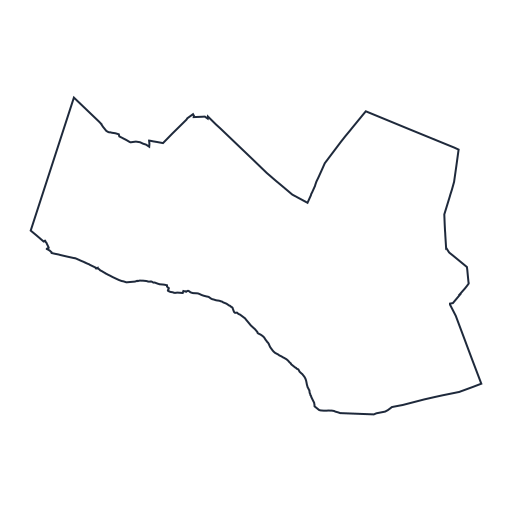 Ermelo, Gelderland, Netherlands
{"feature_id": "6326949B64614407924270", "entity_name": "Ermelo", "entity_type": "district", "adm_level": 2, "iso_a3": "NLD", "parent_name": "Netherlands", "parent_adm1": "Gelderland", "projection": "albers", "projection_center": [5.638, 52.286], "detail": "fine", "context": "isolated", "style": "outline", "palette": "slate", "viewbox_px": 512, "rotation_deg": 0, "n_neighbors": 0, "source": "geoboundaries", "source_scale": "gbopen_adm2", "svg_char_len": 5905}
<svg xmlns="http://www.w3.org/2000/svg" viewBox="0 0 512 512"><path d="M30.7,230.6L36.5,235.4L43.6,241.5L45.0,240.7L45.3,241.1L45.1,241.4L45.4,241.7L45.6,242.0L46.2,242.5L46.4,242.7L46.8,243.7L47.7,245.5L47.9,245.9L48.1,246.4L48.4,247.0L48.6,247.4L48.7,247.8L48.0,248.3L47.3,248.5L46.9,248.7L46.8,248.8L46.8,249.0L47.9,249.5L49.9,250.7L50.2,251.0L50.3,251.2L50.8,251.6L51.4,252.1L51.4,252.3L51.5,252.9L51.6,253.0L55.0,253.8L56.6,254.1L58.6,254.5L60.3,255.0L64.6,256.0L67.2,256.6L69.5,257.1L74.5,258.2L74.8,258.1L75.9,258.5L77.1,259.0L77.9,259.4L78.9,259.8L79.7,260.2L80.6,260.6L82.0,261.2L84.0,262.0L84.4,262.3L84.7,262.4L84.9,262.4L85.4,262.8L85.7,262.8L86.4,263.2L86.7,263.3L87.3,263.6L89.1,264.3L89.8,264.8L95.8,267.7L95.9,267.8L95.9,268.4L96.2,268.5L96.8,268.2L97.0,268.1L97.2,268.4L97.3,268.4L97.8,268.0L97.9,268.4L98.0,268.6L98.8,269.0L99.3,269.4L99.4,269.5L99.8,269.9L100.0,270.2L100.6,270.5L101.3,270.9L101.8,271.1L103.9,272.4L104.5,272.7L105.2,273.1L105.3,273.3L105.6,273.5L106.0,273.6L108.0,274.7L109.9,275.6L112.7,277.1L118.9,280.0L121.6,281.0L122.6,281.2L123.6,281.4L126.0,282.2L126.5,282.3L126.8,282.3L131.2,281.9L134.8,281.6L135.6,281.4L137.2,280.8L137.7,281.1L139.6,280.6L140.1,280.6L143.3,280.7L144.1,280.8L145.2,280.9L146.8,281.1L148.2,281.6L148.9,281.6L149.6,281.6L150.2,281.7L150.9,281.4L151.1,281.5L151.8,281.7L152.2,281.9L153.0,282.4L153.5,282.6L153.9,282.6L154.5,282.5L154.9,282.6L156.2,283.1L157.8,283.7L159.8,284.3L160.3,284.3L163.6,284.6L164.9,284.8L167.0,285.3L167.0,286.3L167.0,286.5L168.2,287.8L168.4,287.9L168.7,288.0L168.8,288.1L168.8,288.3L168.7,288.8L168.4,289.3L167.9,290.3L167.9,290.6L168.0,290.8L168.4,291.0L169.0,291.2L169.1,291.4L169.4,291.5L170.3,291.9L172.8,292.3L173.1,292.4L173.7,292.7L174.4,292.8L175.0,292.9L177.4,292.6L180.2,292.8L182.7,293.0L183.4,291.0L186.0,291.7L186.1,291.4L186.4,291.5L186.6,291.4L187.2,291.1L188.0,290.8L188.6,291.0L189.5,291.5L190.0,292.0L190.4,292.2L190.9,292.5L191.6,292.7L192.5,293.0L193.1,293.1L196.7,293.3L197.8,293.4L198.2,293.5L199.5,294.0L201.6,295.0L203.6,295.7L206.7,296.5L207.9,296.7L208.5,296.9L208.8,297.0L210.2,298.0L210.9,298.5L211.4,298.8L212.3,299.2L213.7,299.5L215.8,300.2L216.2,300.3L217.5,300.5L218.5,300.6L219.9,300.9L220.8,301.3L221.8,301.5L222.2,301.7L222.9,302.2L223.4,302.5L224.3,302.8L226.5,303.7L227.4,304.3L229.1,305.5L230.0,305.8L230.4,306.1L230.7,306.6L231.0,306.7L231.3,306.8L231.9,307.2L232.2,307.4L232.4,307.7L232.6,307.9L232.7,308.4L233.9,311.6L234.1,312.0L234.5,312.4L234.8,312.7L235.1,312.8L235.7,312.8L236.4,312.7L236.9,312.6L237.1,312.7L237.3,312.9L237.8,313.4L238.7,314.1L239.0,314.2L239.6,314.4L240.3,314.8L244.7,318.1L245.0,318.3L246.3,320.0L247.0,320.8L249.5,323.8L250.8,325.4L253.3,327.7L255.0,329.2L256.0,330.4L257.1,331.7L257.3,331.9L257.5,332.7L257.6,332.9L257.8,333.1L258.3,333.5L260.4,334.5L260.9,334.8L262.2,335.7L263.3,336.6L263.8,337.1L264.3,337.7L265.6,339.8L266.6,341.0L266.8,341.5L267.3,342.0L267.8,342.5L268.1,342.8L268.7,343.9L268.9,344.1L269.0,344.4L269.2,345.0L269.8,346.3L270.0,346.8L270.6,347.7L271.1,348.4L272.0,349.6L272.7,350.6L273.2,351.1L273.6,351.6L274.1,352.0L275.1,352.9L275.7,353.2L278.2,354.5L278.7,354.9L279.3,355.4L281.3,356.3L282.3,356.9L283.4,357.6L284.4,358.0L285.1,358.5L285.3,358.6L286.4,359.2L287.7,360.3L288.3,360.9L289.5,362.3L290.9,363.5L291.1,364.2L291.3,364.4L292.1,365.0L295.2,367.5L296.1,367.9L296.4,368.4L296.7,368.6L296.9,368.8L298.2,369.3L298.4,369.5L299.6,371.7L299.8,371.9L301.5,373.5L302.2,374.0L304.4,376.8L304.8,377.5L305.4,378.6L305.6,379.2L306.1,380.6L306.5,382.5L306.9,384.6L307.7,387.4L308.4,388.5L308.7,389.3L308.9,389.7L309.4,390.4L309.4,391.0L309.5,391.5L309.6,392.4L309.7,393.0L309.9,393.3L310.2,394.0L310.3,394.4L310.4,395.1L310.6,395.4L311.0,395.9L311.1,396.2L311.2,396.8L311.4,397.2L312.1,398.7L313.7,401.9L314.1,402.6L314.3,403.9L314.5,404.8L314.5,405.9L314.5,406.2L314.7,406.5L315.0,406.7L319.1,410.0L319.4,410.1L320.5,410.4L324.1,410.7L326.2,410.7L328.7,410.5L329.9,410.6L331.2,410.6L331.7,410.6L332.9,410.8L334.1,411.0L335.3,411.6L336.4,411.9L337.9,412.3L340.2,413.1L373.8,414.4L376.4,413.3L385.1,411.6L387.9,410.1L390.7,408.0L391.8,407.1L393.7,406.7L398.4,405.8L402.7,405.0L424.3,399.4L435.3,396.9L442.6,395.3L455.0,392.8L457.4,392.3L459.0,392.0L459.4,391.9L460.9,391.3L463.7,390.3L473.2,386.8L481.3,383.7L471.7,358.4L466.9,345.6L465.2,341.0L459.5,325.8L455.8,315.9L450.0,304.6L450.0,303.8L450.0,303.6L452.9,303.1L460.1,294.5L459.7,294.4L464.9,288.5L466.9,286.0L468.5,283.8L468.6,283.6L468.7,283.2L468.7,282.9L468.6,282.7L468.5,282.4L467.7,274.3L467.3,270.0L466.9,267.0L452.9,255.5L449.6,252.9L448.9,252.2L448.7,251.8L447.4,249.8L446.2,247.9L446.1,248.0L445.3,235.2L445.2,233.0L445.0,230.5L444.7,224.4L444.3,214.4L446.3,207.9L449.8,196.5L450.3,194.7L451.9,189.7L454.1,181.8L454.1,181.7L456.3,166.3L458.6,149.6L454.3,147.6L447.4,144.8L408.5,128.9L365.8,111.3L363.3,114.3L351.5,128.7L350.0,130.6L345.5,136.0L341.0,141.7L324.8,163.2L322.1,169.3L318.4,177.5L316.4,181.6L315.2,185.1L315.0,186.0L314.7,186.6L312.0,192.6L311.3,193.8L310.9,195.3L307.5,202.8L292.3,194.6L280.8,184.9L276.2,181.1L266.9,173.1L250.2,157.0L248.1,155.0L220.2,128.3L215.9,124.4L207.9,116.5L207.7,118.6L204.8,116.6L203.0,116.7L201.0,116.8L193.7,117.1L193.8,116.4L193.8,115.8L193.7,115.6L193.8,115.4L193.7,115.3L193.4,115.1L193.0,114.2L187.3,118.3L186.5,119.6L178.6,127.4L172.5,133.4L163.0,143.1L156.5,141.9L155.7,141.8L155.3,141.7L153.4,141.4L150.5,140.8L150.4,140.8L149.3,140.6L149.1,140.6L149.4,143.6L149.4,144.4L149.2,146.7L146.6,145.0L146.0,144.6L143.1,143.7L140.6,142.5L139.9,142.2L135.9,141.6L132.8,142.0L130.8,142.3L130.6,142.3L129.7,142.0L126.5,140.1L119.3,136.4L118.8,134.3L115.5,133.3L114.4,133.1L112.2,132.8L110.9,132.5L110.4,132.3L109.2,132.3L108.7,132.2L108.0,131.9L106.3,130.9L103.8,127.8L102.9,126.7L102.2,125.6L101.2,124.1L101.3,124.0L101.2,123.9L99.1,121.7L94.6,117.4L73.9,97.6L30.7,230.6Z" fill="none" stroke="#1e293b" stroke-width="2"/></svg>